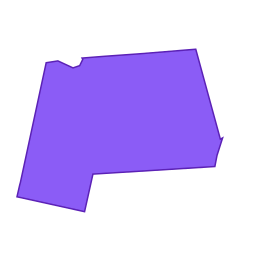 Liberty, Texas, United States of America (Natural Earth projection), rotated 103°
{"feature_id": "52423323B64688263814776", "entity_name": "Liberty", "entity_type": "district", "adm_level": 2, "iso_a3": "USA", "parent_name": "United States of America", "parent_adm1": "Texas", "projection": "natural_earth1", "projection_center": [-94.842, 30.189], "detail": "fine", "context": "isolated", "style": "filled", "palette": "violet", "viewbox_px": 256, "rotation_deg": 103, "n_neighbors": 0, "source": "geoboundaries", "source_scale": "gbopen_adm2", "svg_char_len": 384}
<svg xmlns="http://www.w3.org/2000/svg" viewBox="0 0 256 256"><g transform="rotate(103 128 128)"><path d="M82.8,222.4L205.3,220.6L207.6,220.7L220.0,220.7L219.3,151.5L180.8,151.8L146.0,34.7L134.7,35.1L116.4,33.6L118.1,35.5L36.0,79.7L53.5,134.7L63.6,167.6L70.2,188.5L71.3,187.5L78.1,189.1L81.8,195.1L78.4,211.4L82.8,222.4Z" fill="#8b5cf6" stroke="#5b21b6" stroke-width="1.5"/></g></svg>